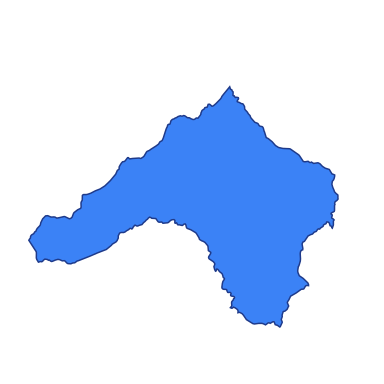 outline of Soibada, Manatuto, East Timor, rotated 195°
{"feature_id": "22284137B69618697341021", "entity_name": "Soibada", "entity_type": "district", "adm_level": 2, "iso_a3": "TLS", "parent_name": "East Timor", "parent_adm1": "Manatuto", "projection": "natural_earth1", "projection_center": [125.93, -8.852], "detail": "fine", "context": "isolated", "style": "filled", "palette": "blue", "viewbox_px": 384, "rotation_deg": 195, "n_neighbors": 0, "source": "geoboundaries", "source_scale": "gbopen_adm2", "svg_char_len": 5951}
<svg xmlns="http://www.w3.org/2000/svg" viewBox="0 0 384 384"><g transform="rotate(195 192 192)"><path d="M322.2,84.5L320.7,85.4L319.8,85.8L319.1,85.7L318.3,86.5L318.0,87.5L316.7,89.1L314.2,89.4L313.1,88.9L312.6,89.3L311.8,89.2L310.8,88.7L309.8,88.5L308.9,88.9L306.2,91.0L304.3,92.1L303.5,92.3L302.2,92.4L299.5,91.9L297.6,92.6L296.7,92.4L294.5,91.0L293.3,90.7L290.4,91.3L288.9,92.5L286.9,93.3L285.0,95.7L284.0,96.2L274.0,103.6L267.7,108.6L259.9,114.3L256.1,119.6L255.5,121.0L252.5,124.1L251.8,125.6L251.3,128.4L251.9,130.6L251.7,131.6L251.3,133.4L250.8,134.1L249.3,134.8L248.0,135.0L247.1,135.5L246.2,136.2L245.2,137.6L243.4,139.3L242.6,140.7L241.6,141.0L240.5,140.7L240.0,141.5L239.9,142.4L238.9,144.7L238.5,145.2L237.9,145.2L236.8,144.9L236.2,144.9L235.5,145.2L234.4,146.1L231.9,147.6L230.8,150.0L229.8,151.3L228.9,153.1L227.9,154.3L227.5,155.4L226.5,156.7L225.3,156.7L224.1,156.2L220.1,157.0L217.2,154.6L216.3,154.3L215.3,154.5L213.8,155.1L213.1,155.0L212.0,154.3L207.5,156.0L206.8,156.6L205.4,158.9L204.2,160.0L202.2,160.7L201.2,160.2L200.6,157.7L200.0,157.5L198.9,158.2L197.4,156.7L196.7,156.7L196.1,157.0L192.9,157.1L192.4,157.4L191.4,158.9L190.3,159.4L189.3,158.5L188.6,157.0L188.0,156.1L187.2,155.6L183.3,155.2L178.1,153.7L177.2,153.2L176.1,152.2L173.3,149.5L172.8,148.5L172.1,148.0L170.1,147.4L168.2,147.2L166.3,146.6L162.9,144.2L162.4,143.4L161.0,139.6L158.3,138.6L158.1,138.0L158.1,137.3L159.1,133.9L159.0,132.9L158.7,132.4L158.0,131.8L153.3,130.2L151.7,129.0L151.3,128.2L151.5,125.5L150.0,122.9L148.8,121.6L148.3,122.0L148.3,123.6L148.0,124.1L146.8,123.8L144.8,122.2L142.2,121.1L141.5,120.5L140.6,119.2L139.9,117.8L139.3,117.3L138.6,117.1L138.2,116.6L138.2,116.0L139.0,113.6L139.0,111.5L138.5,107.8L138.1,106.9L137.2,106.3L136.3,106.2L133.9,106.7L133.3,106.6L132.2,105.0L131.5,104.3L131.0,104.3L129.3,104.9L128.6,104.7L127.9,103.9L128.1,102.6L127.8,102.0L127.2,101.7L124.7,101.9L124.0,101.6L123.6,101.1L123.7,100.1L124.2,99.7L124.3,98.3L125.1,96.6L125.2,95.9L125.0,94.9L124.2,92.7L124.2,92.0L125.0,90.2L123.8,90.0L123.0,90.3L122.1,91.5L120.5,91.3L118.5,90.6L117.2,89.8L116.6,88.7L116.4,87.3L115.1,88.0L114.4,88.0L112.0,87.4L110.4,86.3L106.4,82.8L99.1,80.6L97.5,80.7L93.5,82.4L90.5,83.2L89.1,83.2L86.6,82.7L84.5,85.3L83.6,85.6L82.5,85.4L80.3,87.6L79.3,87.9L78.5,87.1L77.3,85.4L74.9,85.3L72.3,84.3L71.9,84.7L71.1,89.4L71.4,90.1L72.5,91.5L72.8,92.2L72.6,94.3L72.6,95.1L73.1,96.4L73.0,99.8L72.7,100.3L71.4,101.0L69.8,103.2L69.6,104.2L69.4,105.7L69.1,106.9L70.6,108.8L71.3,109.8L71.3,110.6L70.5,113.0L69.8,116.9L65.3,121.4L61.3,126.3L59.4,127.0L58.9,127.4L58.0,130.5L57.6,131.0L56.7,131.5L55.2,131.7L55.5,132.8L56.6,134.2L62.2,137.3L66.7,138.9L68.8,141.6L69.3,142.6L69.6,143.7L70.0,147.5L69.7,148.1L69.6,149.3L69.5,153.3L69.9,155.5L71.5,160.4L71.7,161.8L71.7,162.9L71.2,163.9L70.8,164.4L70.1,164.8L70.3,166.1L72.0,169.8L72.2,170.5L72.0,172.2L70.6,173.5L68.5,179.6L66.4,181.5L64.7,182.6L63.6,184.8L61.8,186.1L61.1,188.1L60.4,189.1L59.1,189.2L58.6,190.4L56.6,192.6L56.4,193.2L56.5,194.0L55.8,195.0L54.5,195.9L54.2,196.7L54.2,197.8L53.0,198.2L51.9,197.9L51.0,197.1L50.7,196.4L49.9,195.2L49.1,195.2L48.1,194.5L47.7,193.7L47.1,193.4L46.9,196.8L47.9,200.5L47.5,201.8L48.6,202.5L50.2,203.0L50.6,203.8L50.4,205.3L50.8,206.3L51.7,206.5L52.2,207.4L51.2,208.6L50.2,209.4L49.6,210.1L49.6,211.2L50.8,215.8L50.7,217.0L51.2,217.6L51.3,218.7L51.2,219.7L49.8,221.4L49.1,223.0L49.7,224.6L50.0,226.0L50.5,227.0L52.2,227.7L54.3,229.0L55.4,230.6L57.3,233.0L58.9,235.7L59.2,238.7L58.4,240.4L58.2,242.1L58.3,244.3L58.6,245.4L61.6,245.8L65.2,249.3L69.5,249.5L72.6,250.5L75.7,252.4L77.6,252.8L78.2,252.7L81.9,251.1L84.4,251.8L84.8,251.3L86.0,251.0L87.8,251.7L90.5,250.5L91.5,250.3L92.4,250.3L97.6,254.9L98.5,255.5L108.2,259.0L109.1,259.0L115.5,257.6L119.9,257.4L123.4,258.5L127.6,261.3L132.1,263.3L134.4,263.8L137.6,268.9L138.2,269.6L139.5,271.9L140.2,272.8L141.1,273.3L143.4,273.2L144.4,273.6L145.8,275.0L146.4,275.3L149.4,275.6L153.9,278.6L154.7,279.3L155.7,280.8L157.8,282.1L159.2,283.5L162.2,285.4L162.6,285.9L163.4,288.2L165.3,290.1L165.9,290.3L166.9,290.2L168.0,290.3L169.0,290.7L171.5,290.9L171.9,291.4L171.7,292.7L171.2,293.7L171.3,294.5L171.7,295.1L173.3,295.1L174.7,294.5L176.1,295.8L176.7,295.6L177.4,296.0L178.2,299.3L179.4,300.1L180.1,301.1L181.4,301.2L182.8,303.4L186.8,294.6L187.9,292.0L188.0,290.9L188.6,289.2L191.8,283.5L193.6,280.9L194.3,280.3L194.9,280.0L197.3,281.2L198.1,281.3L199.1,280.8L199.2,278.7L199.4,277.7L200.0,277.6L201.4,276.8L201.7,275.4L203.1,273.8L203.5,273.0L203.6,271.8L203.8,270.7L203.6,269.4L203.9,268.2L205.4,264.8L206.7,264.7L207.4,264.2L208.1,263.1L208.8,262.6L209.8,262.3L211.9,262.5L213.6,263.0L215.8,262.6L217.7,263.4L218.7,263.7L219.8,263.7L221.0,262.8L221.6,262.6L223.0,262.6L225.0,261.3L226.3,259.8L227.5,259.0L228.4,257.9L229.6,257.2L230.2,256.4L230.8,255.2L230.8,252.2L231.3,251.5L232.0,251.4L232.5,250.9L232.8,250.4L232.8,248.5L233.1,247.4L233.3,245.8L233.7,236.8L234.1,234.2L234.6,233.4L235.5,232.7L236.0,232.1L236.7,229.6L238.7,227.1L242.8,222.6L244.0,221.1L245.8,219.7L246.3,218.9L247.6,214.2L248.3,213.1L249.9,211.3L250.5,211.1L251.9,211.1L258.1,209.0L260.6,207.9L261.3,208.0L262.2,208.7L263.1,208.5L264.5,205.1L265.2,204.0L266.9,203.2L267.7,201.6L268.3,199.7L268.8,197.7L268.8,197.1L268.3,195.4L269.7,193.5L270.3,189.5L273.8,181.9L277.7,175.4L281.6,171.1L285.7,168.1L289.5,164.6L292.0,162.9L293.6,162.1L296.0,161.5L296.7,160.9L297.0,160.3L295.9,155.7L296.4,153.8L296.4,152.7L295.3,149.1L295.2,148.0L295.4,147.3L297.8,145.3L300.6,141.6L300.9,140.6L301.3,136.7L301.9,135.6L302.8,134.8L303.6,134.4L308.4,135.3L309.2,135.2L313.5,132.9L315.3,132.0L316.1,131.8L317.7,132.3L318.8,132.2L321.7,131.3L325.2,131.8L327.3,131.0L329.3,127.4L330.1,123.3L330.0,121.0L330.3,120.0L332.0,116.9L332.4,115.7L332.7,113.6L333.6,112.7L334.1,110.8L335.7,109.2L336.2,108.3L336.4,107.4L336.2,105.6L336.9,104.1L337.1,103.1L327.0,94.0L326.5,92.8L325.3,88.0L324.5,86.7L322.2,84.5Z" fill="#3b82f6" stroke="#1e3a8a" stroke-width="1.5"/></g></svg>